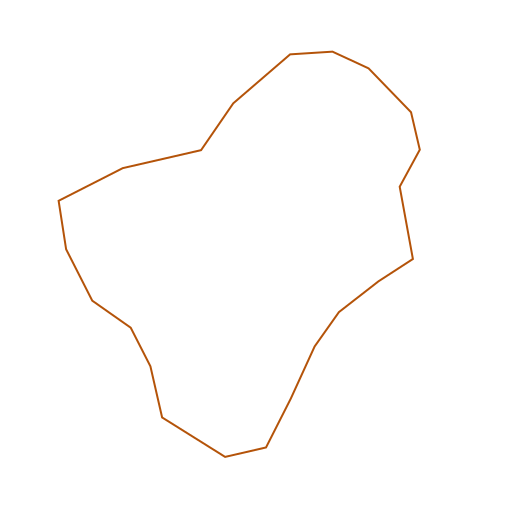 Tjörn, Västra Götaland, Sweden, rotated 347°
{"feature_id": "70781695B41142122613038", "entity_name": "Tjörn", "entity_type": "district", "adm_level": 2, "iso_a3": "SWE", "parent_name": "Sweden", "parent_adm1": "Västra Götaland", "projection": "orthographic", "projection_center": [11.643, 58.001], "detail": "fine", "context": "isolated", "style": "outline", "palette": "amber", "viewbox_px": 512, "rotation_deg": 347, "n_neighbors": 0, "source": "geoboundaries", "source_scale": "gbopen_adm2", "svg_char_len": 435}
<svg xmlns="http://www.w3.org/2000/svg" viewBox="0 0 512 512"><g transform="rotate(347 256 256)"><path d="M334.6,67.2L268.2,102.1L226.3,140.5L146.0,140.4L76.1,157.8L72.5,206.7L86.4,262.7L117.8,297.7L128.3,339.7L128.2,392.2L180.7,444.8L222.7,444.8L257.8,402.8L292.8,357.3L324.2,329.3L369.7,308.2L408.2,294.2L411.6,220.8L439.5,189.3L439.4,150.8L407.9,98.5L376.5,74.1L334.6,67.2Z" fill="none" stroke="#b45309" stroke-width="2"/></g></svg>